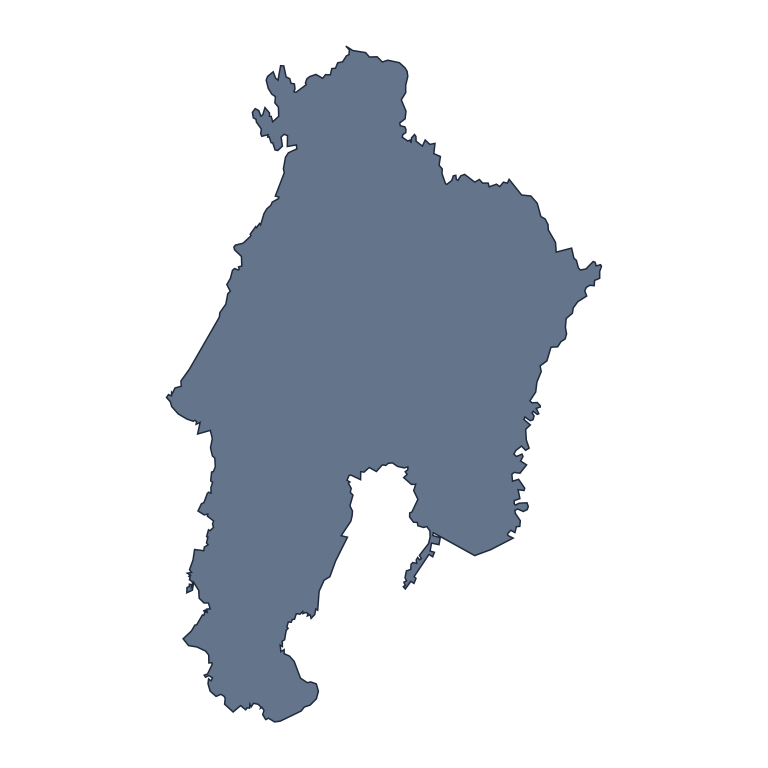 the district of Demak, Jawa Tengah, Indonesia
{"feature_id": "22746128B71519500232359", "entity_name": "Demak", "entity_type": "district", "adm_level": 2, "iso_a3": "IDN", "parent_name": "Indonesia", "parent_adm1": "Jawa Tengah", "projection": "equal_earth", "projection_center": [110.607, -6.923], "detail": "fine", "context": "isolated", "style": "filled", "palette": "slate", "viewbox_px": 768, "rotation_deg": 0, "n_neighbors": 0, "source": "geoboundaries", "source_scale": "gbopen_adm2", "svg_char_len": 6086}
<svg xmlns="http://www.w3.org/2000/svg" viewBox="0 0 768 768"><path d="M509.1,179.3L507.4,183.1L503.4,182.2L499.8,186.6L496.5,184.2L489.2,186.8L488.2,183.1L482.6,183.1L479.4,179.5L474.7,182.1L464.7,174.4L460.8,175.8L457.8,180.4L456.3,179.2L455.8,175.3L453.3,175.8L451.7,180.6L446.7,184.4L445.5,183.7L442.0,173.6L442.2,168.9L439.1,165.3L440.4,156.5L433.8,153.6L435.0,143.4L429.8,144.4L425.2,140.0L422.4,146.1L416.1,141.2L415.9,136.4L414.5,134.5L411.5,137.9L411.1,142.9L409.9,140.1L407.7,141.0L402.3,137.2L402.8,134.6L405.7,132.7L406.0,129.6L404.9,126.9L400.3,125.7L399.7,123.0L405.1,118.8L406.0,111.2L401.3,99.8L405.7,92.7L405.7,85.3L407.8,76.4L407.1,71.3L404.9,67.7L399.4,62.7L387.7,60.2L382.3,62.0L377.2,56.8L369.4,57.0L365.6,52.6L352.7,50.5L345.8,46.1L349.4,49.9L348.9,54.7L346.4,55.9L342.6,61.8L337.7,62.8L335.5,68.2L331.8,68.6L330.3,74.9L325.6,74.6L322.7,78.3L315.9,74.4L309.7,76.6L306.9,78.8L305.4,83.0L306.3,84.6L296.0,92.3L293.9,91.8L295.0,88.9L294.4,83.9L291.0,83.2L289.8,78.7L286.1,76.9L283.8,65.9L280.6,65.7L278.0,80.2L275.6,78.2L273.2,71.8L267.6,76.4L266.2,80.2L268.3,88.5L271.9,94.3L275.4,96.6L274.9,103.0L278.4,107.1L278.7,116.3L272.7,121.8L271.2,116.4L269.5,116.3L269.5,113.0L265.0,107.6L262.8,114.7L260.9,116.2L258.8,110.6L255.2,108.6L252.4,112.4L253.3,117.8L256.0,119.3L256.4,122.1L261.3,129.0L260.7,133.7L261.8,136.3L268.2,134.7L267.7,137.1L269.1,136.8L271.2,142.8L272.7,142.8L275.1,150.0L277.8,150.5L282.4,146.2L281.1,137.1L284.0,134.3L287.5,135.6L287.3,146.5L296.4,144.9L296.8,148.9L288.4,152.8L285.5,157.2L283.4,168.9L284.3,172.7L275.3,196.1L278.8,197.0L278.5,198.6L272.2,202.1L270.9,205.3L266.9,208.7L264.0,213.5L260.6,224.9L259.6,223.5L256.3,227.7L255.6,226.7L250.2,234.2L251.0,235.8L243.1,243.2L235.4,245.1L233.9,247.0L234.6,249.9L241.4,256.4L241.8,266.0L238.5,266.9L239.3,269.0L238.3,270.0L234.6,268.5L232.5,270.3L230.4,278.4L226.8,284.6L230.3,291.3L227.8,293.7L225.8,304.2L219.9,312.5L219.3,317.2L189.5,369.0L180.9,381.0L181.3,386.2L175.0,388.0L172.4,393.3L171.6,392.3L171.5,395.8L168.5,394.6L166.5,397.5L170.4,401.9L171.7,406.6L178.3,414.0L187.0,419.1L193.3,421.3L194.7,420.3L196.6,421.6L196.1,424.3L200.1,422.4L197.6,434.0L210.3,430.4L212.3,438.5L210.5,447.8L212.4,455.9L214.8,458.1L215.3,466.8L213.4,471.6L211.6,472.0L210.7,480.9L212.6,482.3L210.9,487.6L211.0,493.1L208.6,492.2L207.3,493.5L203.9,502.6L201.4,503.8L198.0,511.0L204.2,514.9L207.8,514.1L207.4,516.2L213.6,521.0L212.5,523.9L213.5,527.4L210.0,530.7L208.5,529.8L206.6,536.7L207.9,537.1L206.5,542.9L208.1,544.8L204.3,547.1L203.8,550.7L194.6,549.5L193.0,560.0L189.5,569.8L191.6,572.4L187.3,573.2L190.5,575.3L188.9,576.3L190.2,577.1L189.4,579.7L192.1,581.6L192.9,585.6L191.4,587.4L191.5,584.7L189.4,584.2L189.3,586.4L187.0,587.6L186.8,592.8L192.4,590.2L193.7,582.4L198.7,590.4L199.2,598.3L204.0,603.0L208.4,603.0L210.2,608.8L206.7,609.1L207.3,612.4L205.6,611.8L205.9,609.9L203.8,610.7L204.8,612.7L203.7,615.3L202.4,615.0L196.7,624.8L194.9,625.1L191.4,631.0L183.1,638.8L188.6,645.6L197.0,647.0L205.6,651.1L208.7,655.0L208.9,663.0L211.9,662.7L212.1,664.5L207.6,673.9L204.2,675.2L205.5,677.2L208.8,675.6L212.5,677.9L211.0,680.8L208.6,678.9L208.0,683.7L210.1,691.1L216.1,696.4L220.9,694.3L224.1,696.3L225.2,698.5L224.6,704.2L233.1,712.0L240.6,705.6L245.7,709.8L247.2,707.8L249.6,708.1L249.9,704.3L251.2,706.8L253.6,703.3L258.2,704.3L261.0,707.1L260.5,708.3L262.0,707.5L264.0,710.4L262.7,714.6L265.7,719.6L268.5,718.2L274.6,721.9L280.1,721.2L301.2,711.0L304.2,707.1L310.1,705.1L316.4,698.8L318.4,691.2L316.3,683.9L310.7,681.9L307.4,682.7L300.5,678.2L294.2,661.4L289.5,656.1L284.2,653.7L284.1,649.6L280.9,651.7L280.2,645.1L282.4,646.5L282.3,641.1L284.6,639.8L286.2,630.4L288.1,628.3L286.9,627.0L288.3,622.0L291.3,622.2L292.2,619.5L294.5,619.3L296.3,613.7L300.0,614.2L302.7,611.6L302.9,613.6L305.9,612.5L308.1,613.6L307.3,615.9L310.2,614.9L311.1,618.4L314.7,614.6L315.8,609.0L317.7,610.2L319.1,591.3L324.1,580.2L329.9,576.7L335.6,561.0L347.5,537.2L341.2,535.7L350.8,521.3L352.1,516.0L352.5,511.1L349.9,505.8L353.0,495.1L350.3,492.4L351.2,488.3L348.4,483.3L349.9,482.0L347.0,480.3L349.0,475.6L351.0,475.1L360.6,479.7L360.7,471.7L364.1,472.1L369.2,467.5L376.4,471.5L382.3,464.9L385.8,465.4L388.3,463.3L392.5,462.9L397.5,466.4L404.1,467.9L407.9,467.0L407.8,469.8L405.2,471.7L407.1,474.4L403.7,477.6L411.4,484.4L415.7,484.3L413.7,490.6L417.9,499.3L411.9,512.0L409.7,512.9L409.6,517.0L413.5,522.2L417.4,522.5L417.8,525.7L423.6,527.5L426.8,526.5L429.9,530.9L430.1,537.2L428.6,543.5L419.4,555.4L421.4,558.6L419.5,559.8L417.7,557.5L416.2,560.0L416.7,563.4L412.9,562.5L411.1,564.2L410.7,569.4L406.4,570.9L405.0,577.7L406.5,580.9L403.9,582.2L405.3,585.4L403.3,586.7L405.3,589.0L410.8,581.4L414.0,583.4L416.0,578.4L414.1,576.6L429.0,554.4L432.7,556.8L434.4,552.3L430.1,551.0L431.5,543.1L439.0,544.7L440.2,537.8L432.7,535.5L433.3,532.7L474.7,555.6L490.9,549.6L513.1,538.1L507.9,535.5L507.6,533.8L510.8,530.3L514.9,532.6L516.4,526.7L519.8,526.4L520.3,520.7L515.3,513.4L514.9,510.4L517.6,509.0L523.3,511.5L527.2,509.6L528.3,506.5L527.0,502.8L519.1,503.2L515.4,505.1L514.2,503.7L514.3,500.6L519.9,498.6L518.1,489.7L524.0,490.5L524.7,488.2L518.6,479.3L512.5,481.2L511.9,474.2L514.1,472.4L520.0,473.2L526.6,464.9L520.6,461.0L523.0,456.4L522.0,454.1L516.5,456.5L513.9,454.1L515.8,450.5L521.5,446.1L525.6,450.3L529.1,448.2L526.3,439.9L525.7,429.3L530.3,424.9L523.9,419.5L525.0,417.0L530.2,420.7L533.0,419.8L534.1,416.0L532.1,412.9L533.2,411.3L537.2,414.4L538.8,413.7L536.2,408.4L540.3,407.0L540.2,405.6L537.2,402.5L531.9,402.8L529.9,400.8L535.7,392.1L536.9,382.1L541.2,371.6L540.1,365.9L546.9,360.9L551.0,347.2L557.7,346.8L560.9,341.7L565.1,339.0L566.6,333.8L565.4,327.5L566.2,318.5L572.4,313.2L573.3,307.8L577.8,301.7L586.7,296.0L584.8,291.0L586.2,287.5L589.7,285.3L594.2,285.7L594.6,280.4L599.7,278.3L599.7,271.4L601.5,266.2L600.5,264.7L596.1,265.9L595.2,262.3L593.2,261.5L586.0,268.9L580.5,270.0L578.4,267.9L576.4,260.4L573.9,258.1L571.6,248.1L556.2,252.1L555.5,242.4L548.3,229.9L548.0,224.5L545.1,218.9L540.9,216.6L537.2,203.2L530.9,196.0L521.6,195.0L509.1,179.3Z" fill="#64748b" stroke="#1e293b" stroke-width="1.5"/></svg>